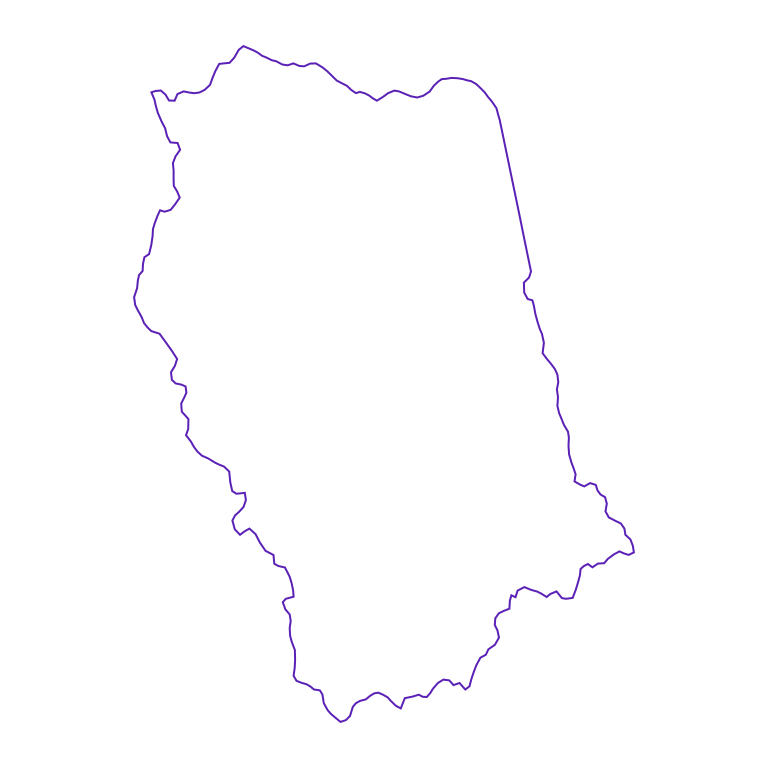 the district of Ibipitanga, Bahia, Brazil
{"feature_id": "56859067B29020946522479", "entity_name": "Ibipitanga", "entity_type": "district", "adm_level": 2, "iso_a3": "BRA", "parent_name": "Brazil", "parent_adm1": "Bahia", "projection": "equal_earth", "projection_center": [-42.363, -12.868], "detail": "fine", "context": "isolated", "style": "outline", "palette": "violet", "viewbox_px": 768, "rotation_deg": 0, "n_neighbors": 0, "source": "geoboundaries", "source_scale": "gbopen_adm2", "svg_char_len": 3803}
<svg xmlns="http://www.w3.org/2000/svg" viewBox="0 0 768 768"><path d="M175.6,383.4L181.7,384.7L185.6,386.5L186.4,392.7L184.3,397.4L181.2,403.5L181.8,411.7L188.4,419.0L188.2,429.1L186.0,435.2L190.8,441.4L194.2,447.3L197.5,451.6L201.9,455.7L207.9,458.3L215.7,463.0L219.6,464.8L223.9,466.5L229.2,471.5L230.3,482.3L232.2,491.0L236.3,493.7L240.3,493.4L244.8,492.8L245.9,500.1L243.5,507.0L239.2,511.7L235.0,515.5L232.4,520.5L234.8,529.3L240.0,534.8L244.8,531.2L249.4,528.6L255.6,534.2L259.8,542.4L265.5,550.8L273.5,555.0L274.3,563.8L278.4,566.0L285.0,567.5L289.7,576.8L291.5,582.7L293.2,590.8L293.6,596.7L285.8,598.8L282.8,602.2L285.3,609.2L289.7,614.5L290.7,621.0L289.7,627.9L290.1,635.8L291.8,642.0L294.9,650.1L295.1,660.0L294.7,667.9L293.6,675.8L296.5,680.8L301.5,682.8L306.4,684.2L310.1,686.3L314.0,689.5L319.8,690.3L322.4,694.4L323.8,703.2L327.7,710.2L330.7,713.7L335.4,717.7L340.5,721.9L345.9,720.1L350.0,716.0L352.8,706.9L355.9,703.2L360.0,700.9L365.8,699.4L370.3,695.7L374.3,693.3L378.4,692.7L383.0,694.7L387.7,697.4L391.0,701.1L395.9,705.8L400.8,708.4L404.8,698.2L412.9,696.5L418.8,694.7L422.8,696.8L426.8,697.0L430.3,693.0L432.9,688.8L437.9,683.0L443.4,679.6L449.3,680.4L453.5,685.1L459.5,683.0L465.3,689.5L469.5,686.3L471.5,678.6L473.8,671.9L476.2,665.5L480.4,657.7L485.9,654.7L488.4,649.3L494.9,644.8L499.0,637.6L497.5,630.5L494.8,625.0L495.3,618.3L498.8,613.3L503.8,610.9L509.4,608.7L509.9,600.5L511.4,595.3L515.5,597.2L517.6,590.6L524.3,587.1L531.5,590.0L537.0,591.5L540.9,593.4L546.7,597.0L550.3,594.0L556.5,591.4L561.9,598.1L566.0,598.8L572.7,597.9L575.8,589.7L578.2,581.8L579.9,575.4L580.6,568.9L584.0,566.0L587.9,564.0L592.4,567.3L597.9,563.6L604.2,563.2L607.9,558.8L613.9,554.4L619.4,551.4L624.1,553.5L628.7,554.9L633.9,552.4L632.8,545.7L630.4,539.4L625.4,534.8L624.4,528.6L620.9,523.5L615.3,520.8L608.8,517.4L605.5,511.4L606.8,503.6L605.1,497.2L600.5,494.5L597.5,490.4L595.8,484.9L590.1,483.1L584.3,486.4L580.1,484.6L574.5,481.4L575.6,474.4L573.6,468.2L571.5,462.7L569.1,454.5L568.5,445.7L568.9,437.6L568.0,431.7L563.9,424.8L561.1,417.8L559.1,413.1L557.4,405.8L558.0,397.3L556.9,389.4L558.3,382.1L557.4,374.6L554.8,368.9L550.4,363.1L547.4,359.6L542.6,353.2L543.9,342.8L542.0,334.0L539.7,328.7L537.6,322.1L535.4,314.1L533.9,305.9L532.4,300.3L527.7,299.0L524.2,292.6L523.9,282.6L529.0,277.6L531.0,271.5L528.3,258.4L523.5,235.1L520.5,220.2L519.1,213.4L499.7,119.9L498.2,114.8L496.5,108.3L492.1,101.8L488.0,96.9L484.9,92.6L481.1,88.7L476.3,84.1L471.0,81.1L467.0,80.3L463.0,79.1L457.4,78.2L451.6,77.9L446.1,78.8L441.8,79.1L438.1,81.7L433.8,85.8L429.6,91.6L423.4,95.7L417.3,97.5L410.9,96.3L403.8,93.4L399.0,91.4L394.3,90.6L388.0,93.2L383.0,96.9L376.9,100.7L372.5,98.1L369.1,95.5L365.0,93.4L359.9,91.9L355.9,93.1L351.2,89.9L346.9,85.8L341.8,83.2L336.8,80.6L331.8,75.7L327.2,71.2L322.5,67.4L315.9,63.4L310.2,63.6L304.2,66.3L299.5,66.0L293.4,63.4L287.7,65.3L282.3,64.5L276.1,61.2L271.7,60.2L266.3,57.5L262.1,55.8L257.7,52.6L253.8,50.5L249.1,48.5L243.4,46.1L238.7,49.9L234.3,57.6L229.6,62.8L223.7,63.4L219.2,63.9L215.3,71.2L212.6,77.7L210.0,84.9L204.6,89.9L199.4,92.5L194.4,93.2L189.0,92.5L183.7,91.4L177.5,94.0L174.6,100.7L169.0,100.5L165.5,94.6L160.8,90.5L155.6,91.0L151.4,92.3L154.5,99.8L155.7,105.4L157.8,112.8L161.8,122.0L165.1,128.2L167.1,136.3L170.4,142.4L177.6,143.0L180.1,149.8L175.5,156.4L172.9,163.2L173.6,170.2L173.6,179.2L173.8,185.9L177.2,191.6L179.7,197.6L175.1,204.3L170.6,209.9L164.6,211.7L160.1,210.3L157.5,215.8L154.8,223.0L153.0,228.9L152.6,236.0L151.3,244.9L149.1,254.1L144.4,257.2L143.0,263.9L142.6,271.0L139.1,275.0L137.9,280.2L137.1,288.2L134.1,297.2L135.2,305.0L138.0,310.6L141.5,316.8L144.1,323.2L147.6,327.5L151.3,331.1L159.5,333.7L165.3,341.6L172.1,351.2L177.1,359.0L174.9,365.9L171.0,372.2L171.9,379.9L175.6,383.4Z" fill="none" stroke="#5b21b6" stroke-width="2"/></svg>